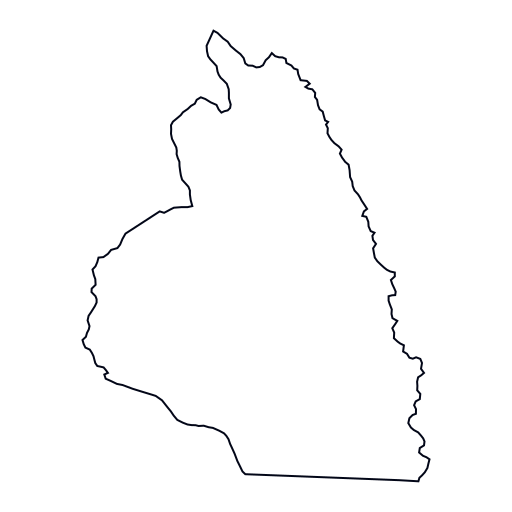 the district of Figueirópolis D'Oeste, Mato Grosso, Brazil
{"feature_id": "56859067B94732252375556", "entity_name": "Figueirópolis D'Oeste", "entity_type": "district", "adm_level": 2, "iso_a3": "BRA", "parent_name": "Brazil", "parent_adm1": "Mato Grosso", "projection": "mercator", "projection_center": [-58.701, -15.494], "detail": "fine", "context": "isolated", "style": "outline", "palette": "ink", "viewbox_px": 512, "rotation_deg": 0, "n_neighbors": 0, "source": "geoboundaries", "source_scale": "gbopen_adm2", "svg_char_len": 3369}
<svg xmlns="http://www.w3.org/2000/svg" viewBox="0 0 512 512"><path d="M271.8,53.1L268.9,57.3L265.7,60.2L263.0,65.2L259.8,67.0L256.3,67.4L252.6,65.7L248.2,65.5L245.3,63.4L243.7,58.1L240.5,54.2L235.8,50.5L230.7,46.1L227.7,41.7L223.1,38.4L217.5,32.9L213.5,30.7L206.6,45.8L207.0,51.2L208.1,56.2L210.3,59.3L213.3,62.5L216.6,66.1L217.5,71.5L218.7,74.7L220.6,77.7L223.5,80.4L226.8,83.8L228.7,89.2L228.9,92.7L228.9,98.4L230.7,104.5L230.1,108.0L227.7,110.4L224.4,111.2L221.4,112.6L218.7,109.5L216.5,104.9L210.8,102.4L205.3,99.0L200.8,97.3L196.7,99.8L194.8,103.7L191.1,105.8L187.7,109.0L182.9,112.3L180.8,115.1L177.5,117.9L172.9,121.7L171.0,125.2L171.2,129.4L171.0,133.8L172.0,138.9L173.9,142.7L176.3,147.5L176.8,150.8L176.6,154.1L177.7,157.8L179.4,161.8L179.5,166.0L180.2,171.3L180.9,175.5L182.1,179.7L188.4,186.7L189.9,190.4L189.9,194.5L190.7,200.1L192.3,206.1L187.7,207.1L181.9,207.1L173.9,207.7L170.5,209.4L167.2,211.2L164.1,212.8L159.7,211.4L125.5,233.6L122.5,238.9L120.1,244.6L117.4,248.1L111.1,249.9L108.0,253.8L103.4,257.1L98.5,257.6L97.3,262.1L95.5,266.3L92.5,269.5L93.9,275.3L95.3,279.1L95.6,284.8L91.7,288.6L91.5,292.1L95.5,296.2L96.6,299.2L96.6,302.5L94.9,306.1L90.8,312.6L88.6,315.8L87.6,320.4L89.5,326.1L88.8,329.4L87.0,332.9L85.9,336.8L82.5,340.0L83.7,344.1L85.4,347.6L89.8,349.6L91.9,352.9L93.5,356.2L94.3,359.4L95.3,363.1L97.3,366.0L100.6,366.7L103.6,367.4L105.8,370.0L107.9,372.9L104.3,374.5L105.7,378.7L110.9,381.0L116.9,383.9L122.5,385.0L132.7,388.8L142.4,391.8L151.6,394.6L155.7,395.9L162.0,400.3L167.6,407.4L170.8,411.3L173.7,415.6L177.3,419.9L182.9,422.7L187.5,424.5L191.6,425.1L195.6,425.2L198.6,426.0L203.7,425.7L208.6,427.2L212.9,427.9L219.2,430.7L224.0,433.3L226.3,435.8L228.5,439.2L230.1,443.9L231.7,447.3L234.6,453.7L237.4,461.1L239.2,464.7L242.5,471.5L245.3,474.2L399.5,480.2L418.4,481.3L419.4,477.8L422.0,475.4L424.8,472.3L427.4,468.0L428.4,463.6L429.5,459.3L426.4,457.2L423.0,455.8L419.1,452.5L419.8,448.0L424.0,445.4L424.5,441.5L423.2,438.4L421.1,435.7L418.2,432.4L413.8,430.0L410.9,427.5L408.3,423.1L409.4,418.2L412.6,415.0L415.9,413.8L416.0,409.1L414.1,405.2L415.7,401.4L419.8,399.1L420.3,393.9L417.2,390.3L417.4,385.9L417.1,381.7L418.1,377.3L421.2,375.3L424.0,372.9L421.0,368.8L422.0,363.0L420.3,358.9L416.1,357.3L412.8,358.7L409.4,357.7L407.0,353.8L403.1,351.5L403.9,345.3L400.2,343.5L397.6,341.6L393.9,338.2L394.2,332.6L392.3,328.2L395.0,324.4L397.3,320.9L392.5,318.2L391.5,314.0L391.8,309.4L389.8,304.3L388.6,300.7L388.6,296.2L392.0,295.3L395.2,295.1L395.7,291.7L394.2,288.2L392.3,284.2L390.9,280.0L394.8,276.4L394.8,272.5L390.3,271.5L386.9,269.8L384.2,267.7L380.8,264.6L377.3,261.2L374.8,257.6L373.9,252.9L373.1,248.3L376.0,243.9L373.0,240.0L372.4,235.8L374.5,232.7L370.7,231.1L368.6,226.4L368.3,221.8L366.3,216.8L362.3,215.9L363.9,211.4L367.1,208.9L363.9,204.0L361.5,200.4L360.0,197.4L358.0,194.3L354.5,190.5L352.7,186.1L352.2,181.7L350.1,177.1L349.6,170.2L348.6,164.7L345.2,161.9L342.0,157.5L339.9,153.6L341.6,149.7L338.7,146.4L334.4,143.2L331.4,139.9L329.4,136.9L327.5,133.3L327.8,128.2L326.0,124.6L328.1,121.9L325.1,120.4L323.9,116.2L322.7,111.6L319.6,109.3L318.0,105.2L317.1,99.8L314.9,97.0L315.2,92.9L312.3,89.3L308.3,88.6L305.4,86.9L309.7,83.7L306.9,80.9L300.6,80.2L298.2,74.0L297.5,69.7L293.9,68.5L291.4,65.5L286.4,63.0L285.7,58.9L282.5,57.4L279.0,57.3L275.2,56.2L271.8,53.1Z" fill="none" stroke="#020617" stroke-width="2"/></svg>